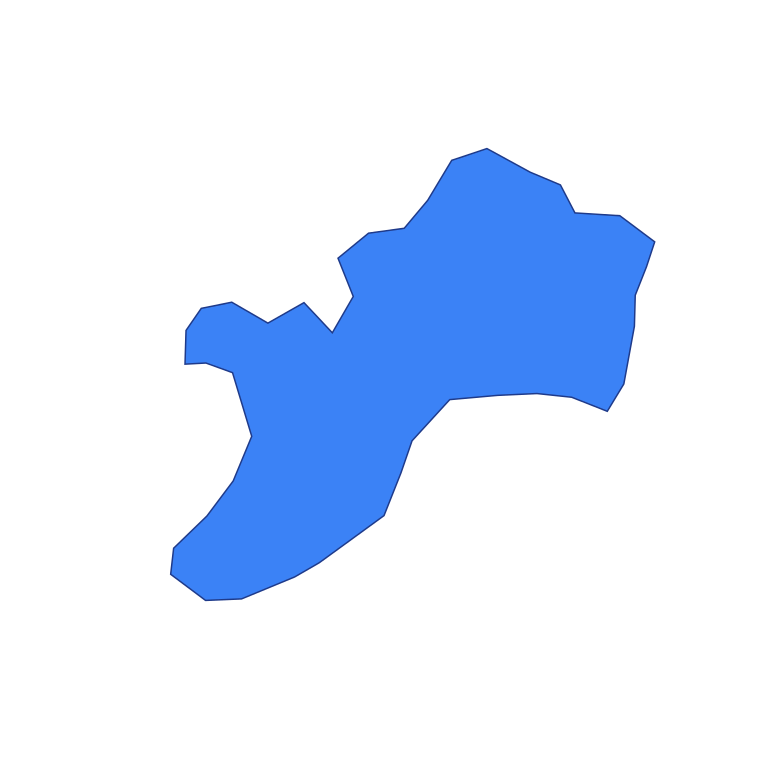 the district of Trachoni Lefkosias, Cyprus, rotated 220°
{"feature_id": "46923920B69759348119058", "entity_name": "Trachoni Lefkosias", "entity_type": "district", "adm_level": 2, "iso_a3": "CYP", "parent_name": "Cyprus", "parent_adm1": "", "projection": "albers", "projection_center": [33.481, 35.216], "detail": "fine", "context": "isolated", "style": "filled", "palette": "blue", "viewbox_px": 768, "rotation_deg": 220, "n_neighbors": 0, "source": "geoboundaries", "source_scale": "gbopen_adm2", "svg_char_len": 687}
<svg xmlns="http://www.w3.org/2000/svg" viewBox="0 0 768 768"><g transform="rotate(220 384 384)"><path d="M376.8,649.9L408.2,640.2L456.5,630.5L475.9,598.9L468.6,552.8L468.6,516.3L492.8,489.6L500.1,450.8L463.8,431.3L456.5,390.0L497.6,394.9L512.1,356.0L553.2,348.8L572.6,324.5L570.1,297.8L549.2,271.3L533.9,285.6L507.3,295.3L451.7,258.9L437.2,212.8L434.8,169.1L439.6,123.0L425.1,101.1L381.6,103.5L355.0,127.8L328.4,178.8L318.7,205.5L299.4,283.2L313.9,326.9L326.0,358.5L323.6,414.3L289.7,448.3L260.7,475.0L231.7,494.5L195.4,506.6L200.3,538.2L229.3,589.2L248.6,613.5L258.3,642.6L268.0,666.9L311.5,664.5L347.7,637.8L376.8,649.9Z" fill="#3b82f6" stroke="#1e3a8a" stroke-width="1.5"/></g></svg>